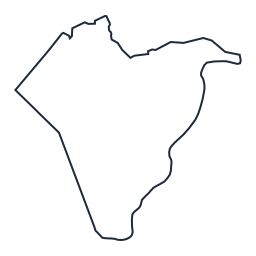 outline of Avelino Lopes, Piauí, Brazil
{"feature_id": "56859067B19976074520340", "entity_name": "Avelino Lopes", "entity_type": "district", "adm_level": 2, "iso_a3": "BRA", "parent_name": "Brazil", "parent_adm1": "Piauí", "projection": "mercator", "projection_center": [-43.895, -10.208], "detail": "fine", "context": "isolated", "style": "outline", "palette": "slate", "viewbox_px": 256, "rotation_deg": 0, "n_neighbors": 0, "source": "geoboundaries", "source_scale": "gbopen_adm2", "svg_char_len": 1652}
<svg xmlns="http://www.w3.org/2000/svg" viewBox="0 0 256 256"><path d="M239.7,54.8L225.2,51.9L211.7,40.5L203.3,38.0L183.6,42.9L170.7,42.0L161.4,46.9L155.6,50.0L152.1,49.5L148.1,51.2L148.2,54.0L134.4,55.7L130.4,57.8L122.2,49.9L117.7,42.9L111.6,39.5L111.3,37.5L111.0,35.8L111.4,33.9L110.7,32.0L109.6,31.1L109.1,29.8L108.8,28.1L108.8,26.5L109.9,24.7L109.6,22.6L108.3,20.3L107.2,17.9L106.5,16.2L105.0,16.0L94.9,20.8L94.9,23.7L88.3,23.9L84.8,22.3L72.3,28.3L71.9,36.1L69.9,38.3L68.9,35.7L63.4,32.9L61.8,33.7L60.0,36.1L48.6,50.5L26.4,76.9L15.4,90.0L18.6,93.2L30.1,104.4L38.7,112.9L46.1,120.1L59.0,132.7L74.8,174.8L75.6,176.9L94.5,227.3L95.1,229.6L95.8,231.0L96.9,231.9L99.1,234.3L101.2,236.5L102.3,237.7L104.0,238.1L105.8,238.2L108.0,238.4L110.0,238.4L114.7,238.8L117.8,239.8L120.1,239.9L121.7,240.0L123.5,239.7L125.0,239.5L126.5,239.0L128.1,238.2L129.6,237.4L130.7,236.5L132.0,234.8L132.6,232.4L132.6,230.9L132.0,225.9L131.9,218.9L132.4,214.4L134.4,211.7L138.8,208.1L140.2,206.2L140.9,204.4L141.9,199.9L144.2,197.5L145.9,195.7L147.3,194.4L149.2,192.6L150.1,191.3L151.9,189.5L153.2,188.0L156.2,186.1L160.4,183.9L163.5,182.1L164.8,181.1L167.3,178.3L169.7,174.8L170.8,171.1L171.5,162.1L171.3,160.4L170.5,158.4L169.4,156.1L169.2,152.1L169.7,149.1L171.3,146.4L174.8,142.5L183.5,134.5L189.0,128.3L195.3,119.8L198.0,114.4L200.1,108.3L202.4,100.0L203.2,96.1L203.5,94.3L204.0,92.1L204.5,88.4L204.4,84.9L203.9,82.0L203.1,78.8L201.3,75.9L201.0,74.2L201.2,72.5L201.8,70.7L203.1,67.8L204.4,65.0L206.9,62.6L212.1,61.8L214.1,61.5L221.8,61.2L226.6,61.3L237.3,63.9L240.0,63.3L240.6,61.4L240.6,59.5L239.9,56.3L239.7,54.8Z" fill="none" stroke="#1e293b" stroke-width="2"/></svg>